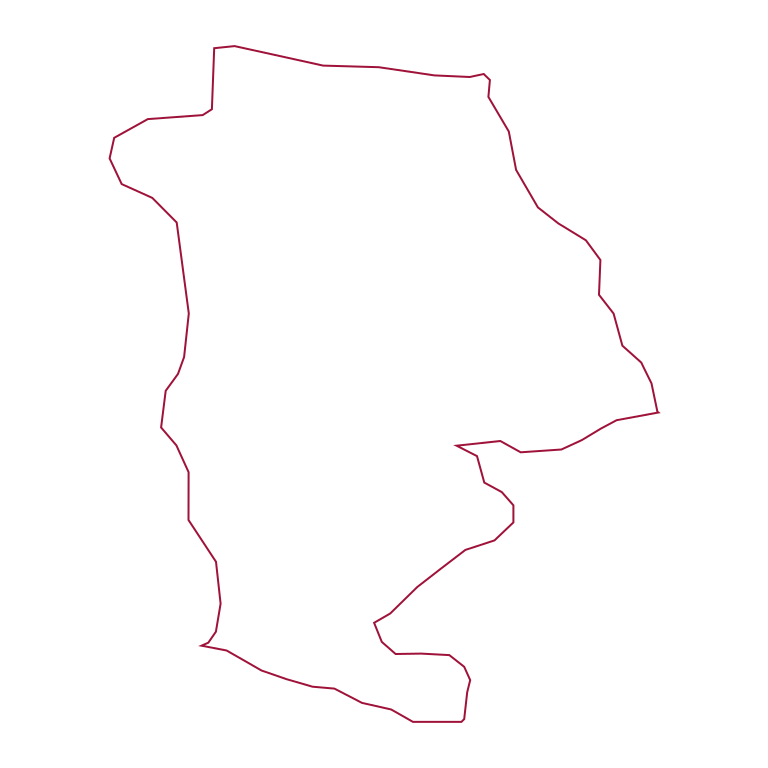 the district of Hällefors, Orebro, Sweden
{"feature_id": "70781695B86731793095106", "entity_name": "Hällefors", "entity_type": "district", "adm_level": 2, "iso_a3": "SWE", "parent_name": "Sweden", "parent_adm1": "Orebro", "projection": "natural_earth1", "projection_center": [14.675, 59.769], "detail": "fine", "context": "isolated", "style": "outline", "palette": "rose", "viewbox_px": 768, "rotation_deg": 0, "n_neighbors": 0, "source": "geoboundaries", "source_scale": "gbopen_adm2", "svg_char_len": 1089}
<svg xmlns="http://www.w3.org/2000/svg" viewBox="0 0 768 768"><path d="M214.2,48.2L211.9,109.2L202.7,115.1L147.8,119.1L114.2,137.8L109.6,158.4L121.7,184.1L152.3,197.9L176.7,222.5L188.8,313.5L184.1,357.0L178.0,373.9L165.7,390.8L161.1,427.5L176.4,445.4L188.6,472.2L188.5,520.0L216.0,561.8L220.0,598.2L220.6,603.7L215.9,631.7L208.3,642.7L201.5,645.7L226.6,650.5L261.5,670.5L286.3,679.1L312.5,686.7L334.4,688.6L362.0,702.9L391.2,709.5L413.0,721.9L461.4,721.9L464.2,719.1L467.2,692.2L470.2,680.1L464.2,666.8L449.3,655.1L421.2,653.6L395.6,654.0L381.8,641.9L374.1,622.8L390.2,613.5L417.4,586.9L440.7,568.8L465.4,549.9L494.5,540.4L513.4,522.4L513.4,505.3L501.8,492.1L484.3,482.6L477.0,456.1L456.6,445.7L500.3,441.0L520.7,452.3L561.4,449.5L581.8,440.1L600.7,428.7L616.6,420.2L658.4,412.5L657.4,411.7L651.5,383.4L643.9,368.0L641.3,362.6L622.4,345.7L613.6,313.6L599.0,294.8L600.4,260.0L585.9,240.3L558.3,223.4L537.9,207.4L516.1,169.9L508.8,131.5L488.4,96.9L489.9,80.0L483.7,74.0L469.8,77.0L434.4,75.4L378.7,67.2L323.1,65.6L234.6,46.1L214.2,48.2Z" fill="none" stroke="#9f1239" stroke-width="2"/></svg>